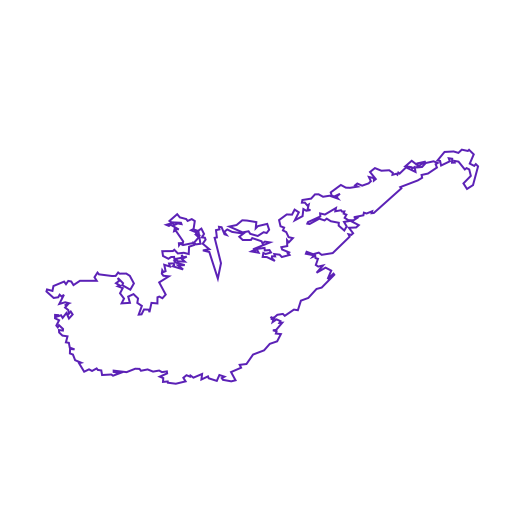 the district of Askøy nor, Hordaland, Norway, rotated 103°
{"feature_id": "86288312B29517582925264", "entity_name": "Askøy nor", "entity_type": "district", "adm_level": 2, "iso_a3": "NOR", "parent_name": "Norway", "parent_adm1": "Hordaland", "projection": "mercator", "projection_center": [5.11, 60.485], "detail": "fine", "context": "isolated", "style": "outline", "palette": "violet", "viewbox_px": 512, "rotation_deg": 103, "n_neighbors": 0, "source": "geoboundaries", "source_scale": "gbopen_adm2", "svg_char_len": 6126}
<svg xmlns="http://www.w3.org/2000/svg" viewBox="0 0 512 512"><g transform="rotate(103 256 256)"><path d="M129.1,99.6L126.2,101.6L124.5,99.9L123.8,104.3L127.2,111.5L131.9,114.2L133.8,119.9L125.8,111.9L129.4,119.5L131.4,118.7L128.2,125.7L134.9,130.6L134.5,124.3L135.6,123.5L133.6,121.4L138.2,119.5L135.9,129.7L143.4,134.6L142.7,136.1L145.0,136.5L144.3,137.8L146.2,141.3L144.2,141.4L142.5,145.5L144.7,153.0L143.6,159.9L148.5,163.8L154.1,156.6L156.0,158.1L153.6,158.6L153.6,163.8L157.3,160.9L159.9,162.6L163.6,168.4L162.6,173.6L164.8,175.3L165.5,172.5L168.4,179.7L169.2,183.8L167.7,189.3L177.2,197.5L180.3,195.7L180.3,193.0L176.5,188.2L180.2,191.0L181.7,189.0L180.7,197.8L183.2,204.0L181.8,208.9L182.7,212.4L187.7,215.2L191.0,223.4L193.7,223.3L193.0,220.4L195.2,217.4L194.0,216.2L198.9,216.2L199.0,213.3L200.6,217.2L199.6,220.4L206.7,219.6L212.5,226.2L203.8,224.1L202.1,228.8L207.6,230.2L208.6,235.4L215.8,241.6L221.5,238.8L222.0,235.0L225.0,235.5L225.9,231.9L230.3,228.5L230.3,224.1L235.3,227.1L233.6,229.3L239.3,227.8L241.7,233.3L243.8,232.0L245.0,224.8L246.7,226.5L245.8,225.3L247.4,223.5L251.2,230.6L249.4,233.3L250.0,238.6L252.1,237.3L252.7,240.3L254.6,240.1L256.6,236.5L254.6,245.2L255.4,249.3L251.4,249.5L251.9,247.1L249.2,242.2L247.2,244.2L248.6,248.7L246.2,249.5L249.0,257.0L252.2,254.2L252.6,261.6L250.5,259.1L251.4,257.4L249.5,259.5L239.6,245.4L240.0,250.6L242.2,252.5L240.4,253.9L239.4,263.7L241.5,264.5L243.4,272.5L241.0,276.6L237.0,273.3L237.9,284.7L236.6,290.0L239.7,292.4L242.1,289.5L241.9,291.6L235.7,296.0L235.9,298.6L238.3,297.6L239.8,300.8L246.7,298.3L247.6,300.4L270.9,288.5L286.6,288.1L262.6,302.4L262.5,309.0L259.9,303.0L256.0,310.7L251.4,308.8L249.7,309.9L250.0,312.9L246.2,311.6L241.6,315.4L244.3,317.9L256.6,312.9L258.1,316.9L257.3,319.5L259.1,318.6L262.0,323.3L269.2,322.0L269.1,327.1L271.1,332.7L268.3,337.0L269.9,338.1L272.4,348.4L276.9,346.6L278.4,340.7L276.1,338.5L275.3,335.6L277.4,334.8L274.4,327.9L271.6,328.5L273.6,326.8L272.2,323.3L275.6,327.6L277.5,324.1L278.8,330.9L277.8,332.4L279.2,334.4L280.5,332.5L280.9,323.4L282.7,329.8L285.5,324.0L284.7,334.7L283.5,333.7L281.7,334.4L282.9,339.0L285.6,337.5L285.2,343.4L291.1,340.7L292.5,342.6L291.0,344.1L294.4,343.8L296.1,341.8L295.4,336.3L303.5,344.4L313.9,335.3L318.2,337.7L317.3,341.1L318.4,342.7L324.4,341.4L325.2,347.3L334.7,347.2L332.4,348.3L333.3,353.1L338.6,354.4L339.5,357.1L330.3,356.0L328.4,361.1L323.9,361.4L320.7,366.8L324.3,371.4L330.0,368.3L332.4,376.3L327.2,375.0L322.9,380.1L317.3,378.6L316.6,383.7L315.4,382.0L314.0,386.3L311.1,383.8L308.5,385.6L312.4,379.4L314.5,379.7L317.1,370.9L310.2,368.8L303.7,374.5L302.3,378.5L303.9,385.0L303.1,386.6L307.0,388.3L307.9,391.9L309.2,404.9L307.8,406.7L313.0,408.6L316.0,405.6L319.8,422.0L325.4,427.3L322.4,430.3L322.5,433.3L326.2,434.8L324.1,437.2L330.8,446.6L335.8,446.5L335.6,452.1L337.7,452.2L342.4,443.7L340.7,439.4L337.9,438.6L339.2,436.3L337.0,434.4L347.0,436.9L344.0,431.5L344.1,427.5L347.1,431.3L346.0,428.7L349.2,430.4L350.9,426.7L354.5,425.4L351.8,424.0L354.2,421.5L359.0,424.2L354.2,427.9L359.8,430.5L357.6,432.6L360.1,436.8L358.2,436.1L358.6,438.5L361.9,437.8L362.9,433.4L368.7,434.9L370.1,433.1L367.7,432.4L370.5,427.6L372.1,427.4L372.5,431.3L374.8,430.6L377.1,426.7L376.7,421.6L382.9,421.8L382.7,418.8L387.1,416.9L387.8,411.8L388.4,416.3L392.8,415.4L393.2,412.2L398.2,408.8L399.3,402.4L400.3,404.3L407.4,397.4L404.0,393.2L404.9,389.9L401.4,386.0L402.6,384.5L402.3,381.0L406.6,379.2L404.0,370.3L404.8,368.4L400.7,362.2L401.0,368.6L399.7,368.9L398.3,356.0L393.0,348.3L392.2,344.1L393.7,342.3L390.9,336.1L391.8,330.3L389.4,324.6L390.3,321.5L388.5,316.9L390.4,316.2L395.2,322.6L395.8,318.9L399.6,318.3L398.1,313.8L399.3,313.4L398.5,305.4L394.0,296.4L391.0,299.4L387.8,296.9L388.4,293.1L387.2,293.0L388.6,289.6L383.1,282.0L388.6,281.4L384.1,275.7L385.8,274.6L386.5,266.1L380.2,264.9L380.7,259.6L382.7,261.9L384.1,260.3L383.7,251.9L381.7,248.0L374.7,254.2L368.2,245.4L365.7,247.4L363.4,241.0L352.7,236.7L346.1,226.9L338.5,222.8L334.4,216.2L326.5,214.2L327.1,219.2L324.8,219.0L324.6,222.8L323.4,219.7L315.1,215.4L315.9,218.1L314.0,217.5L313.1,221.7L316.6,224.9L313.8,224.7L314.0,227.4L313.1,225.4L312.9,226.9L311.9,228.1L312.7,226.6L311.7,224.3L308.5,222.0L306.4,216.8L307.8,214.5L299.7,207.0L299.4,203.0L289.4,202.2L285.1,195.6L274.5,189.6L272.0,184.9L256.7,175.5L255.8,176.5L262.3,181.0L253.3,179.4L251.7,185.6L258.7,193.2L250.2,188.6L252.3,193.0L251.3,195.7L244.8,195.0L244.7,197.5L242.6,198.3L244.1,200.5L242.3,199.6L242.6,207.9L240.5,207.6L241.4,200.7L238.6,195.6L240.1,192.3L235.9,181.9L216.1,169.1L214.0,170.8L214.0,167.9L212.0,166.5L207.6,171.8L205.7,164.9L202.8,162.8L200.5,171.9L203.0,177.9L206.8,174.3L211.3,175.7L207.8,182.3L205.0,182.8L205.3,190.9L203.7,195.5L205.9,197.2L205.4,202.7L212.8,211.0L212.9,213.3L211.3,213.0L203.0,202.2L200.1,203.1L200.1,198.2L191.3,188.9L194.6,188.8L192.3,183.5L193.4,182.0L192.7,179.9L195.0,180.1L195.4,177.2L198.9,178.2L200.3,174.1L199.3,169.0L196.3,166.1L196.2,169.4L192.2,160.5L189.5,160.6L189.7,157.8L186.3,152.9L188.3,153.0L187.6,150.9L157.4,129.6L156.4,130.9L146.0,115.4L142.4,111.7L139.8,112.9L137.0,107.0L129.1,99.6ZM118.7,59.8L117.0,62.5L119.1,63.6L117.9,68.5L108.0,66.7L104.6,72.3L106.0,73.2L106.1,79.4L110.0,82.0L109.7,87.0L112.2,95.7L122.0,100.6L122.0,98.0L126.2,96.0L120.1,88.4L117.4,90.2L117.1,86.7L121.0,86.0L120.3,83.4L118.7,84.2L118.5,79.9L124.7,72.0L123.0,70.6L123.7,67.7L129.6,64.7L138.6,70.2L143.2,65.5L138.1,60.5L118.7,59.8ZM257.1,319.4L250.7,316.0L249.0,319.0L248.3,316.8L247.5,319.4L244.5,318.8L244.3,321.4L246.2,320.8L245.5,325.0L243.7,322.9L235.7,323.5L234.5,326.9L237.2,330.5L235.7,332.3L235.5,338.9L233.0,342.2L241.3,348.2L242.2,346.0L240.5,336.6L241.7,335.8L241.9,339.5L244.5,343.0L242.3,344.4L245.8,350.4L246.3,347.6L244.8,346.1L247.5,337.2L247.7,341.4L250.3,341.4L249.3,339.9L258.2,330.2L259.8,330.2L260.9,334.0L262.8,333.4L261.0,332.7L261.8,329.6L257.1,319.4ZM227.5,249.1L222.2,252.3L226.4,260.8L229.1,262.5L222.9,263.3L223.5,272.8L224.3,277.4L230.2,281.9L233.3,288.6L236.0,274.4L233.6,268.8L235.7,266.6L236.1,258.8L231.1,253.9L231.2,250.8L227.5,249.1Z" fill="none" stroke="#5b21b6" stroke-width="2"/></g></svg>